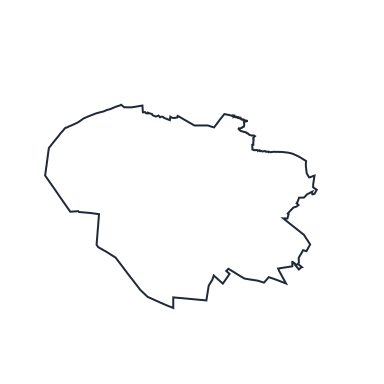 the district of Galeana, Nuevo León, Mexico, rotated 320°
{"feature_id": "50627088B33485633173857", "entity_name": "Galeana", "entity_type": "district", "adm_level": 2, "iso_a3": "MEX", "parent_name": "Mexico", "parent_adm1": "Nuevo León", "projection": "natural_earth1", "projection_center": [-100.187, 24.755], "detail": "fine", "context": "isolated", "style": "outline", "palette": "slate", "viewbox_px": 384, "rotation_deg": 320, "n_neighbors": 0, "source": "geoboundaries", "source_scale": "gbopen_adm2", "svg_char_len": 5089}
<svg xmlns="http://www.w3.org/2000/svg" viewBox="0 0 384 384"><g transform="rotate(320 192 192)"><path d="M90.6,243.8L92.3,247.3L95.0,252.9L98.2,259.5L100.1,263.2L103.1,268.8L109.9,260.7L115.6,266.4L124.9,275.8L133.3,284.3L141.6,277.1L144.6,274.5L147.9,273.4L151.1,272.3L155.0,269.9L156.7,282.0L162.4,280.5L168.1,278.9L167.5,274.5L169.6,274.3L170.5,274.2L171.0,275.6L171.1,275.9L171.6,277.3L171.7,277.7L171.9,278.3L172.0,278.5L172.1,278.9L172.7,280.6L172.9,281.4L175.6,289.5L176.5,291.9L177.3,292.9L179.6,295.6L185.4,302.2L188.9,307.7L196.1,306.6L198.6,310.7L200.1,313.3L200.9,314.7L205.2,322.5L208.1,308.1L208.8,306.0L221.1,313.4L223.9,310.0L224.2,310.2L224.2,311.4L224.4,311.3L224.6,312.0L224.8,312.7L224.8,312.9L224.9,313.5L225.0,314.3L225.2,314.5L225.3,315.0L224.8,315.0L224.6,314.8L224.3,314.7L224.1,314.6L224.1,314.9L224.1,320.1L226.8,319.9L227.9,320.3L226.9,315.2L228.4,314.9L231.4,311.0L233.7,310.2L239.7,308.0L241.7,310.9L245.5,309.4L248.8,308.1L250.2,296.7L246.2,277.2L245.0,270.9L248.1,273.6L251.7,271.1L251.4,270.1L254.8,269.6L259.7,269.1L262.6,270.3L263.6,270.4L265.2,270.4L264.9,267.8L266.1,267.6L270.4,265.2L274.1,268.2L276.2,268.1L278.1,267.7L283.1,268.7L284.1,269.0L283.8,269.1L283.6,269.3L283.6,269.6L283.3,269.9L283.0,270.5L282.7,271.2L284.7,272.1L289.0,270.5L287.8,266.3L289.9,263.9L296.4,258.2L291.8,256.5L291.1,256.1L291.9,251.4L296.4,244.6L299.3,241.6L296.6,233.5L293.8,227.6L292.8,226.1L290.8,223.5L286.7,219.2L280.3,213.6L277.9,212.1L277.6,211.9L276.8,210.5L276.1,210.5L276.0,210.0L275.2,209.0L274.7,208.9L274.5,208.6L274.4,208.3L274.4,208.0L274.2,207.5L273.4,207.2L273.1,206.8L272.1,206.3L271.8,205.6L271.3,205.1L270.8,204.8L270.8,203.9L270.6,203.6L270.1,203.8L269.9,203.1L269.4,202.6L268.9,202.7L269.0,202.1L268.6,201.4L267.8,201.0L267.5,200.7L266.9,200.3L266.6,199.7L266.2,199.5L266.2,199.0L265.6,198.3L268.5,194.6L268.8,194.8L269.0,195.0L269.3,195.2L269.5,195.0L269.8,194.8L269.8,194.7L270.0,194.4L270.2,194.0L272.0,192.3L271.9,192.3L273.8,189.9L276.1,189.7L275.6,188.3L274.1,187.2L272.9,185.5L272.7,185.0L272.6,184.6L272.6,183.9L272.5,183.7L272.4,183.5L272.4,183.0L272.1,182.8L272.0,182.6L272.1,182.2L271.9,182.0L271.8,181.8L271.8,181.4L271.6,181.2L271.6,180.8L271.5,180.5L271.1,180.3L270.9,180.1L270.5,179.3L270.2,179.1L270.0,178.6L269.8,178.4L269.7,178.1L269.3,177.7L268.7,176.8L268.5,175.9L268.4,175.6L268.2,175.2L268.3,174.8L268.4,174.7L268.3,174.2L268.3,173.6L268.9,173.4L269.5,174.0L269.9,174.3L270.4,174.4L270.9,174.7L271.4,174.8L271.7,174.9L271.9,174.8L272.1,174.8L272.4,174.9L272.6,174.9L272.9,174.8L273.7,175.3L274.8,174.5L275.2,174.2L276.8,171.7L280.4,173.4L279.0,171.7L278.8,171.7L278.6,171.6L278.5,171.4L278.5,171.1L278.5,170.9L278.5,170.7L278.3,170.5L278.2,170.5L277.9,170.5L277.9,170.4L277.9,170.1L277.8,169.9L278.0,169.7L277.9,169.5L277.7,169.5L277.6,169.4L277.8,169.2L277.7,169.1L277.4,169.2L277.2,169.1L276.9,169.0L276.9,168.9L277.0,168.8L277.1,168.7L276.8,168.5L276.7,168.4L276.8,168.2L276.7,168.1L276.5,167.9L276.5,167.7L276.4,167.6L276.4,167.4L276.5,167.3L276.5,167.2L276.6,166.6L276.8,166.6L276.9,166.3L276.8,166.2L276.7,166.1L276.4,166.2L276.0,166.4L275.6,166.1L275.6,165.9L275.7,165.6L275.5,165.3L275.7,165.0L275.7,164.8L275.4,164.8L275.3,164.7L275.2,164.6L274.8,164.7L274.5,164.4L274.6,164.2L275.0,163.9L274.7,163.6L274.8,163.4L274.7,163.2L274.3,163.2L274.1,163.1L273.9,162.9L273.7,162.6L274.1,162.6L273.9,162.3L274.0,162.3L274.2,162.2L273.9,162.2L273.6,162.2L273.4,162.1L273.2,162.2L273.1,161.9L273.2,161.7L272.9,161.7L272.7,161.7L272.5,161.4L272.6,161.2L272.8,161.0L272.7,161.0L272.4,161.0L272.5,160.9L272.7,160.7L272.8,160.6L272.7,160.5L272.7,160.4L272.6,160.5L272.4,160.6L272.3,160.3L272.3,160.2L272.2,160.1L272.0,159.9L271.9,159.7L271.7,159.8L271.6,159.7L271.7,159.4L271.6,159.2L271.4,159.2L271.6,159.1L266.9,153.1L258.9,154.7L256.2,155.4L250.4,156.7L248.5,153.8L246.9,151.2L243.2,148.1L236.6,142.6L230.0,124.5L229.7,124.6L229.5,125.1L229.3,125.4L228.7,125.5L228.2,125.1L227.6,124.8L226.5,124.3L224.6,122.6L223.8,120.4L221.2,122.7L218.6,117.9L218.2,117.1L218.2,116.2L217.9,115.6L216.9,114.6L216.4,114.3L215.5,114.2L215.5,111.9L214.4,111.5L212.8,111.0L211.2,107.9L211.5,106.8L209.2,102.9L208.7,103.4L207.5,102.4L207.4,100.5L206.4,100.1L205.6,99.4L206.8,97.7L209.6,93.9L202.9,90.0L200.0,88.2L194.5,83.5L193.8,79.6L192.5,79.4L188.7,77.8L182.8,76.0L181.8,75.6L179.6,74.5L176.2,73.5L171.2,71.1L168.3,69.8L168.1,69.8L162.0,67.7L156.3,66.0L149.6,65.4L145.6,64.4L145.0,64.2L144.3,64.0L142.7,63.6L142.2,63.4L141.9,63.3L141.6,63.2L139.3,62.5L138.7,62.5L138.2,62.3L137.7,62.2L137.4,61.9L137.0,61.7L136.6,61.8L136.0,61.5L135.2,61.5L134.1,61.8L132.6,62.1L129.3,62.5L125.7,63.3L121.6,64.1L117.9,64.8L112.7,65.9L110.6,66.3L103.8,72.5L99.0,76.9L95.1,80.4L92.6,82.7L90.1,84.9L89.8,88.0L88.5,102.6L87.6,111.8L86.5,124.1L86.1,128.9L90.1,131.8L92.5,133.5L92.6,134.8L93.2,135.4L93.5,135.6L100.7,142.8L103.6,146.0L106.5,149.2L101.8,154.0L98.9,157.0L94.3,161.6L91.3,164.7L87.1,168.9L85.0,171.1L84.7,173.9L86.6,179.1L87.8,182.2L91.3,193.1L91.0,200.1L90.3,213.1L89.6,231.5L89.4,233.4L90.6,243.8Z" fill="none" stroke="#1e293b" stroke-width="2"/></g></svg>